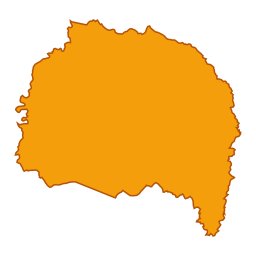 the district of Morrinhos, Goiás, Brazil
{"feature_id": "56859067B47188635940101", "entity_name": "Morrinhos", "entity_type": "district", "adm_level": 2, "iso_a3": "BRA", "parent_name": "Brazil", "parent_adm1": "Goiás", "projection": "orthographic", "projection_center": [-49.117, -17.8], "detail": "fine", "context": "isolated", "style": "filled", "palette": "amber", "viewbox_px": 256, "rotation_deg": 0, "n_neighbors": 0, "source": "geoboundaries", "source_scale": "gbopen_adm2", "svg_char_len": 5738}
<svg xmlns="http://www.w3.org/2000/svg" viewBox="0 0 256 256"><path d="M230.0,167.7L230.5,166.2L231.3,165.0L231.2,163.3L230.1,161.4L227.9,160.8L228.3,159.7L229.3,158.9L228.7,157.6L229.0,156.4L231.9,156.4L232.7,155.2L234.2,154.6L234.3,153.5L234.1,152.4L234.0,151.0L235.1,149.9L233.8,148.7L232.3,148.3L229.3,148.2L230.8,146.1L231.3,145.0L231.7,143.6L232.7,142.4L234.3,141.2L234.6,139.7L235.1,138.6L236.0,137.0L237.9,136.7L239.2,136.0L240.5,134.0L240.6,132.5L239.7,132.9L239.2,130.2L238.4,131.0L237.8,129.5L237.2,128.6L236.4,127.6L238.1,127.6L238.5,126.5L237.6,125.4L238.5,124.2L239.0,123.2L238.1,122.3L237.2,121.9L237.4,120.6L236.7,119.3L235.3,118.5L234.8,117.6L235.5,116.7L234.5,115.1L234.0,114.1L233.0,113.4L232.1,112.6L231.3,109.5L230.4,107.6L232.0,107.1L233.0,107.1L234.1,105.7L233.8,104.6L233.5,102.9L232.9,101.5L232.6,100.4L232.9,99.1L233.1,97.6L232.6,96.4L233.1,94.7L232.3,93.9L230.9,92.9L232.2,91.1L231.3,89.5L230.7,88.2L229.5,87.4L228.9,85.8L228.8,84.3L226.2,82.8L226.0,81.6L225.0,81.1L223.3,81.6L222.5,80.6L221.1,79.6L219.4,79.1L218.4,78.9L217.2,79.1L216.8,77.8L217.0,75.9L215.8,74.9L215.3,73.5L214.5,72.7L214.3,70.0L213.7,69.0L213.8,67.4L211.5,65.3L210.4,64.7L209.3,64.3L208.3,64.3L207.0,63.8L206.3,62.2L205.5,61.1L205.5,59.9L206.2,58.9L203.6,58.1L202.5,57.0L203.0,55.8L201.7,54.6L200.7,53.4L199.6,52.6L197.2,50.5L195.9,48.6L194.6,47.4L193.2,47.3L192.2,46.9L191.2,46.0L191.0,44.8L190.0,44.1L188.5,44.0L187.7,44.6L186.5,44.6L185.6,44.0L184.5,44.4L182.5,42.6L180.5,43.2L178.9,43.1L177.9,42.4L176.6,41.3L174.6,40.0L173.0,40.1L171.8,39.9L170.3,39.6L167.7,39.2L166.0,38.0L164.5,36.1L162.6,34.8L160.8,33.8L157.6,32.3L155.2,31.8L150.8,28.2L149.6,26.0L147.7,26.6L146.5,29.1L146.0,30.9L145.1,32.7L143.4,33.8L142.0,34.4L140.9,33.3L139.5,33.4L138.0,33.6L137.5,32.2L135.3,30.3L131.8,28.8L129.9,28.9L128.3,30.1L127.3,31.3L125.6,31.6L124.0,32.5L122.9,33.7L121.7,34.0L120.2,33.8L118.1,33.8L115.2,32.3L115.0,31.0L114.4,29.8L113.0,29.3L109.4,30.3L107.7,29.8L105.8,28.7L102.9,26.2L101.6,24.0L100.5,24.6L99.5,23.5L97.4,20.1L95.3,21.5L94.4,20.4L93.2,20.0L92.0,21.2L90.2,21.1L89.2,21.8L88.0,23.1L86.6,24.9L71.6,21.8L70.4,20.8L70.6,22.6L71.2,23.6L71.7,24.8L72.4,25.8L71.8,27.1L70.8,27.6L68.6,27.2L67.5,28.8L68.3,29.9L68.5,31.2L67.9,32.5L68.2,34.0L68.3,36.8L70.0,38.2L70.4,40.7L70.5,42.6L68.4,42.3L67.1,42.7L65.7,43.4L64.7,44.2L65.1,47.7L64.3,48.8L64.1,50.3L62.9,51.3L61.5,50.7L61.4,49.1L60.4,48.4L58.9,49.6L56.7,49.2L55.4,48.5L54.0,48.8L53.5,49.9L53.3,51.1L52.2,51.8L52.5,52.9L51.5,53.1L48.9,53.1L47.6,53.7L48.2,54.7L49.6,55.7L49.5,57.0L48.4,57.9L46.5,58.2L45.3,58.8L43.2,58.9L42.2,59.7L41.0,60.9L39.9,61.7L38.3,62.5L35.3,64.2L34.4,65.4L33.4,67.0L33.2,68.2L33.0,69.5L32.6,71.0L32.6,73.0L31.9,74.7L32.5,76.2L32.8,77.8L33.1,79.6L31.1,82.2L30.4,83.2L30.4,84.7L31.1,86.5L31.4,88.0L30.7,88.9L29.6,89.6L28.7,90.2L28.5,91.6L29.5,93.1L29.1,94.1L29.4,95.6L28.3,96.9L26.3,97.9L24.9,97.5L23.8,96.9L22.5,95.5L21.0,96.7L20.6,98.2L20.2,100.3L20.3,101.6L21.4,102.5L22.6,102.8L23.8,103.2L25.0,104.4L24.8,105.6L23.8,105.9L18.2,106.6L16.2,108.2L15.7,109.7L17.0,111.3L17.8,112.1L19.1,112.4L20.1,111.5L20.6,110.2L21.8,109.4L23.5,109.5L26.6,109.2L28.0,111.0L27.5,112.5L26.4,113.8L26.6,115.1L27.8,116.1L26.0,117.8L23.6,117.4L22.2,118.4L21.8,120.1L23.2,121.0L24.7,120.5L25.8,119.7L27.1,120.0L27.7,120.9L28.0,122.2L27.7,123.6L26.4,123.7L24.6,123.6L21.8,124.2L19.9,124.8L18.9,124.2L17.5,123.2L18.1,125.0L18.7,126.2L19.9,127.5L21.8,128.5L21.8,130.3L22.4,131.3L23.1,132.5L22.7,134.4L22.7,136.1L23.1,137.9L22.0,139.1L20.8,140.2L20.0,141.5L19.1,143.7L19.0,145.8L17.9,146.7L18.3,148.3L18.5,149.7L18.0,150.8L17.0,151.7L15.9,153.0L15.4,155.0L16.8,154.9L18.6,154.3L19.4,155.7L19.5,157.9L18.9,158.9L17.4,160.2L17.0,162.4L20.2,163.7L21.0,165.3L21.7,166.5L22.4,167.5L23.1,169.7L24.1,171.2L27.1,170.1L28.2,170.9L29.1,170.5L30.2,170.4L32.1,170.3L34.6,170.1L35.8,170.1L37.2,170.5L38.9,172.1L39.0,175.1L39.5,176.1L39.4,177.3L40.6,178.0L41.8,177.4L44.7,181.1L45.4,182.7L46.4,183.8L47.1,185.0L48.4,186.2L49.7,187.2L51.2,187.0L54.1,184.8L58.6,184.9L60.2,184.7L63.2,183.6L66.2,183.3L69.1,182.4L71.0,182.0L73.9,181.9L75.2,181.8L115.4,197.9L116.9,195.0L118.4,193.6L119.9,192.7L121.3,192.2L122.8,190.4L130.1,195.6L133.4,195.7L136.7,195.4L139.4,193.5L141.5,190.6L142.5,189.8L145.0,187.0L145.9,186.4L146.3,185.3L147.7,185.8L149.0,185.8L150.2,186.6L151.7,186.7L152.3,185.7L154.5,183.4L155.6,182.7L157.2,183.4L158.4,184.1L159.5,185.6L160.7,186.6L161.8,187.9L162.8,189.5L163.1,192.0L164.1,192.2L166.9,190.8L167.6,191.9L169.2,191.8L171.4,192.8L172.5,193.1L172.7,194.2L174.5,194.7L175.6,195.4L175.8,196.8L176.8,197.4L177.9,197.1L180.0,195.2L181.2,194.9L182.6,194.0L184.1,196.4L184.7,197.9L185.5,198.7L188.4,197.7L190.0,196.4L192.1,198.5L193.1,200.8L193.4,205.8L193.9,207.1L194.2,208.4L196.5,207.2L198.5,207.3L199.3,208.4L200.4,209.1L200.0,210.1L199.2,211.5L198.9,213.4L200.2,213.2L199.6,214.6L199.4,217.4L200.3,218.6L199.0,218.9L197.8,220.3L196.9,220.6L196.5,221.8L200.3,222.2L200.5,223.7L203.0,223.5L203.5,224.9L204.1,226.0L202.9,226.7L203.5,228.5L204.9,229.8L206.7,229.7L207.5,231.2L207.4,232.5L205.9,235.0L207.1,234.8L209.5,235.4L210.5,233.6L212.4,234.8L213.1,236.0L214.7,235.5L215.6,233.4L217.1,232.0L218.7,230.9L217.2,229.6L218.1,228.3L219.6,226.6L220.7,224.7L219.6,223.3L219.0,221.5L219.9,220.8L221.6,220.3L222.7,220.2L224.5,218.1L223.8,216.4L223.1,214.4L223.7,213.2L224.6,213.9L224.0,211.6L224.6,210.6L224.3,208.5L225.0,207.4L224.0,207.0L226.0,201.8L226.1,200.1L225.2,199.1L223.8,198.7L225.7,196.5L226.9,195.8L228.0,194.6L226.3,193.9L226.6,192.2L228.2,190.5L228.5,188.6L228.3,186.2L229.5,185.1L230.0,181.5L230.7,179.9L231.7,179.1L232.8,178.7L234.4,177.6L233.2,176.6L231.9,176.2L231.1,175.3L230.0,174.4L228.8,172.7L230.8,169.5L230.0,167.7Z" fill="#f59e0b" stroke="#b45309" stroke-width="1.5"/></svg>